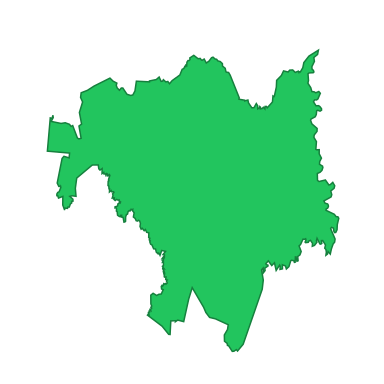 Mazozolu pag., Ogre, Latvia (Robinson projection), rotated 276°
{"feature_id": "27541924B71176066479064", "entity_name": "Mazozolu pag.", "entity_type": "district", "adm_level": 2, "iso_a3": "LVA", "parent_name": "Latvia", "parent_adm1": "Ogre", "projection": "robinson", "projection_center": [25.443, 56.925], "detail": "fine", "context": "isolated", "style": "filled", "palette": "green", "viewbox_px": 384, "rotation_deg": 276, "n_neighbors": 0, "source": "geoboundaries", "source_scale": "gbopen_adm2", "svg_char_len": 6052}
<svg xmlns="http://www.w3.org/2000/svg" viewBox="0 0 384 384"><g transform="rotate(276 192 192)"><path d="M144.7,336.0L150.0,336.6L155.1,337.8L157.0,339.1L160.2,339.2L170.1,333.7L171.4,334.4L170.9,336.4L167.5,337.3L166.5,338.2L166.8,339.2L169.6,340.2L174.8,339.9L181.2,340.7L182.6,339.7L182.6,337.8L184.7,335.9L187.8,327.2L189.1,327.2L190.1,328.6L191.8,329.2L193.2,328.9L194.3,328.1L194.8,325.5L196.9,324.1L201.6,330.8L203.9,331.3L207.5,329.9L210.5,332.9L213.1,333.3L216.3,331.0L213.7,328.6L213.3,327.4L217.9,323.4L215.7,317.2L216.7,315.6L223.5,314.7L225.0,317.3L227.1,319.0L230.0,319.6L231.4,319.1L232.9,315.9L235.6,315.8L239.2,317.2L243.3,314.5L247.4,314.1L247.0,311.6L247.4,310.7L255.1,310.5L259.1,307.5L261.5,307.6L265.4,310.0L268.3,309.8L272.3,304.1L275.8,302.4L277.0,302.8L279.7,306.7L282.0,307.5L285.9,307.5L286.4,308.5L285.8,310.9L286.9,312.3L288.4,312.1L290.3,310.3L291.1,308.9L290.7,306.3L294.4,303.4L296.5,304.3L296.6,306.3L297.7,307.5L303.6,309.3L305.2,307.6L303.6,304.7L304.4,303.0L304.4,300.7L308.2,299.2L312.3,295.9L315.1,296.2L321.7,295.0L322.7,296.1L323.3,300.1L324.1,300.7L325.7,300.0L326.7,298.6L329.1,298.1L334.7,300.1L338.5,299.1L341.9,302.5L346.3,302.9L339.4,294.1L332.4,289.7L327.2,289.2L322.7,287.2L322.8,286.3L322.0,285.9L323.3,285.1L321.7,282.2L323.9,279.4L323.4,276.4L321.4,275.1L322.0,270.4L317.2,268.7L311.9,264.5L305.1,264.9L296.0,263.9L295.4,263.6L296.0,262.5L289.9,262.6L283.6,258.0L284.9,257.0L284.7,255.7L282.2,255.8L283.7,254.1L282.4,253.1L281.8,251.3L283.4,251.3L284.0,250.5L282.8,250.4L281.6,248.7L284.5,248.4L286.7,246.7L282.3,244.8L282.0,242.7L286.5,238.9L289.3,238.0L288.1,234.9L288.8,234.7L289.2,229.0L290.7,229.1L312.1,217.8L314.7,215.9L314.8,213.6L315.4,213.1L318.5,212.1L320.4,209.2L322.9,208.8L324.7,206.4L325.1,204.0L326.6,202.6L326.6,201.2L328.3,198.8L327.6,197.4L323.9,195.2L321.8,192.7L325.5,190.2L324.1,188.4L324.2,187.6L325.7,186.2L325.2,184.1L328.1,179.5L325.1,175.8L323.6,176.2L322.5,175.5L322.3,174.3L320.6,173.4L317.0,173.5L317.5,172.6L316.1,172.5L316.3,171.8L313.9,170.9L313.0,169.4L307.1,167.7L300.7,160.6L297.3,158.3L299.4,156.4L298.7,154.5L300.7,151.8L299.2,151.2L298.8,149.7L302.9,147.3L300.1,144.7L298.0,138.1L297.1,138.2L296.4,125.1L286.5,124.7L282.3,123.0L281.6,120.9L282.4,117.1L288.2,112.3L288.0,110.8L285.6,109.2L287.7,106.7L290.2,105.5L292.4,105.9L294.0,101.9L296.7,98.5L287.1,83.5L282.2,77.4L279.1,71.4L274.4,71.3L270.1,73.8L259.3,71.7L248.0,75.1L245.8,72.7L233.8,76.1L233.0,73.9L233.7,72.4L245.6,66.4L244.6,64.9L246.5,63.1L247.6,58.7L246.5,54.6L247.5,44.5L251.4,46.2L253.8,45.7L250.6,45.1L250.9,43.3L217.5,43.9L217.9,66.2L213.1,66.2L214.1,60.9L211.8,59.3L186.8,57.0L183.7,58.9L184.0,59.4L183.4,60.4L184.0,60.7L182.8,61.1L178.3,59.8L177.5,58.5L175.8,57.8L174.2,58.0L174.2,58.9L172.0,59.9L174.1,64.0L165.6,64.8L160.7,67.2L162.7,67.1L162.7,69.9L164.0,70.1L164.2,71.5L167.4,72.3L168.5,73.5L170.1,73.3L170.5,74.6L172.4,74.3L174.9,70.9L175.7,73.1L175.6,77.1L183.5,75.6L193.8,75.9L208.4,90.0L209.1,95.9L205.3,96.9L204.2,98.2L205.9,100.2L200.9,100.6L202.3,102.2L200.7,102.6L201.0,104.2L199.8,104.6L201.5,105.4L200.8,106.4L199.2,106.2L199.5,107.5L200.6,108.1L199.9,108.6L195.9,107.7L194.4,108.1L194.0,107.5L189.6,107.8L189.3,108.6L186.5,109.1L186.5,109.7L183.4,109.9L185.0,111.5L183.8,112.2L184.1,114.0L183.4,114.4L181.8,113.2L180.5,113.8L177.6,113.3L178.0,114.6L177.2,114.7L177.7,115.4L176.2,115.5L175.5,116.5L176.8,117.9L176.2,119.2L176.6,120.3L175.5,120.5L174.7,122.0L173.6,121.7L174.3,120.8L173.2,120.7L172.5,119.6L170.2,119.4L169.2,117.0L168.1,117.1L168.4,118.0L167.5,118.7L165.1,118.8L164.7,119.6L161.1,120.4L160.0,122.4L160.1,123.5L161.4,123.6L161.5,124.5L159.7,124.4L159.6,126.1L154.9,127.5L155.3,128.5L155.9,129.0L160.4,128.6L162.7,129.2L163.3,130.2L165.9,130.5L167.0,131.6L166.6,132.3L168.4,133.2L167.9,133.7L168.6,134.9L167.1,134.9L165.3,136.6L161.0,136.3L159.8,138.2L157.6,139.5L157.4,140.9L158.3,141.9L157.7,143.0L155.4,144.0L152.3,143.9L149.7,145.3L150.7,146.3L148.5,148.5L149.8,149.6L147.2,151.1L146.9,153.3L142.1,153.7L141.6,154.9L139.9,154.5L139.0,155.6L138.1,155.2L135.8,156.3L135.2,157.7L131.5,159.8L131.5,161.7L128.4,162.8L127.6,163.9L127.9,164.5L126.9,164.9L127.4,165.8L125.7,166.8L130.7,168.0L130.2,171.9L126.7,169.7L126.6,171.2L123.6,171.4L123.3,170.6L124.2,170.2L122.3,169.1L122.2,170.7L121.0,170.7L120.5,169.8L120.0,170.6L119.0,170.1L119.2,170.9L116.0,171.3L115.1,170.4L114.7,171.0L113.2,170.9L113.4,171.6L112.9,172.1L113.0,171.5L112.1,171.2L111.3,172.1L110.3,171.7L107.7,172.6L109.0,173.0L108.3,173.3L105.1,173.2L104.5,173.5L104.8,175.0L102.3,175.0L101.9,176.6L100.8,175.9L98.9,176.9L97.6,175.7L98.2,175.0L97.4,174.1L97.8,173.5L95.9,173.1L95.2,172.4L95.9,171.9L94.8,171.3L92.3,171.9L91.9,173.6L87.3,172.1L86.8,169.7L85.4,167.7L87.2,163.9L85.1,161.8L76.4,162.8L74.4,163.9L73.0,163.2L72.3,164.0L71.0,163.0L69.8,163.4L70.3,162.6L69.5,162.8L69.1,161.8L68.4,162.0L68.4,162.9L67.7,161.4L65.6,162.0L66.2,161.4L65.2,161.5L65.6,161.1L64.9,160.6L55.4,176.3L48.0,183.7L48.0,185.1L61.6,184.4L62.3,189.3L61.4,189.2L63.1,191.2L62.2,197.3L85.1,199.9L96.9,202.2L78.6,215.6L73.6,218.4L69.1,222.6L68.3,228.6L63.8,241.9L59.0,241.7L53.2,239.1L47.0,239.9L45.1,242.8L43.1,243.3L43.0,244.4L37.7,248.7L38.0,250.3L39.9,252.6L38.6,253.9L45.9,258.8L102.6,272.0L111.8,272.1L121.9,269.3L123.8,270.7L119.4,271.6L121.5,272.9L123.9,272.4L126.3,275.3L127.2,275.2L127.6,273.5L128.4,272.9L131.5,275.1L127.2,279.0L130.2,281.4L122.8,283.9L128.5,286.8L127.5,287.5L124.2,287.6L125.0,290.0L129.1,289.5L128.2,292.7L125.3,293.9L127.9,296.2L134.0,297.4L134.5,298.1L134.4,300.4L132.7,301.2L132.9,301.9L138.3,301.6L138.3,302.3L134.1,303.6L134.7,304.7L138.9,303.9L140.7,305.9L144.2,306.8L149.6,304.1L151.0,305.4L156.7,307.3L156.7,308.8L157.4,309.9L156.1,310.4L154.0,309.7L153.5,310.3L154.1,312.9L155.6,313.5L156.3,314.9L153.6,317.2L150.6,317.3L151.7,319.4L155.1,321.5L156.5,320.8L159.0,321.2L153.7,324.6L153.6,325.5L154.4,326.5L157.2,325.8L157.4,327.1L153.2,330.3L150.0,329.9L148.8,331.2L146.2,331.9L143.1,331.8L144.4,333.2L147.0,333.6L144.7,336.0Z" fill="#22c55e" stroke="#15803d" stroke-width="1.5"/></g></svg>